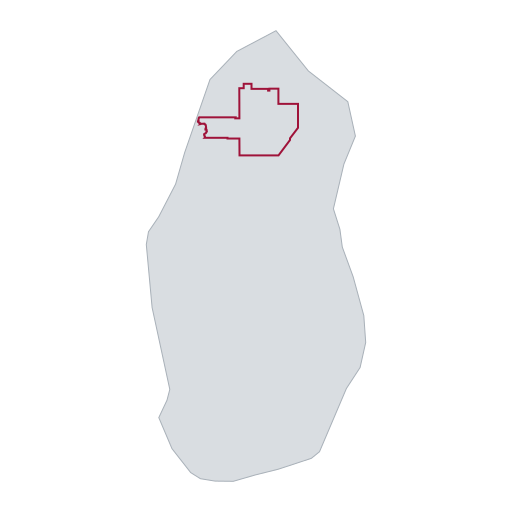 location of 76, Al Khawr, Qatar
{"feature_id": "91078587B47360643234421", "entity_name": "76", "entity_type": "district", "adm_level": 2, "iso_a3": "QAT", "parent_name": "Qatar", "parent_adm1": "Al Khawr", "projection": "albers", "projection_center": [51.019, 25.84], "detail": "fine", "context": "in_parent", "style": "outline", "palette": "rose", "viewbox_px": 512, "rotation_deg": 0, "n_neighbors": 0, "source": "geoboundaries", "source_scale": "gbopen_adm2", "svg_char_len": 2082}
<svg xmlns="http://www.w3.org/2000/svg" viewBox="0 0 512 512"><path d="M278.3,469.2L255.1,475.0L233.3,481.3L215.1,481.1L200.4,478.7L190.7,472.6L172.0,448.7L158.8,417.6L167.0,400.2L169.8,389.4L152.1,307.5L146.3,244.5L148.5,231.7L158.7,216.8L175.6,184.1L184.7,152.5L210.0,79.5L236.8,51.4L276.0,30.7L308.4,71.0L347.8,101.7L355.4,136.1L343.9,164.1L333.4,208.8L339.9,229.3L342.3,247.1L353.2,276.9L363.8,315.6L365.7,342.5L360.1,367.5L346.4,388.5L319.5,451.7L311.4,458.3L278.3,469.2Z" fill="#d9dde1" stroke="#a8b0b8" stroke-width="1"/><path d="M298.0,103.9L289.1,103.9L278.4,103.9L278.4,88.7L269.4,88.7L269.4,90.6L268.1,90.6L268.1,88.9L264.4,88.9L251.5,88.9L251.5,83.8L243.7,83.8L243.7,88.2L239.3,88.2L239.4,118.3L235.4,118.3L235.6,117.3L199.3,117.3L199.1,117.4L199.0,117.8L198.9,117.8L198.7,118.0L198.6,118.6L198.6,119.1L198.5,119.5L198.4,119.8L198.5,120.3L198.6,120.5L198.6,121.4L197.9,121.4L197.9,121.5L198.0,121.5L198.6,121.5L198.6,121.8L198.5,122.1L198.5,122.3L198.7,122.6L198.9,122.7L199.6,122.8L199.6,123.0L199.8,123.0L199.9,123.7L200.1,123.8L200.4,123.8L200.5,124.0L200.4,124.1L200.9,124.0L201.6,123.7L203.2,123.8L203.4,123.8L203.5,123.7L204.1,123.7L204.1,123.8L204.3,123.8L204.3,124.0L204.6,124.1L205.0,124.3L205.1,124.5L205.3,124.5L205.4,124.8L205.7,125.0L205.7,125.6L205.8,125.7L205.9,125.8L206.1,127.6L205.9,127.7L205.9,127.8L206.1,127.9L206.1,128.1L205.9,128.2L205.7,128.3L205.7,128.5L205.9,128.5L206.1,128.7L206.0,129.1L205.6,129.1L205.6,129.4L205.4,129.4L205.4,129.5L205.7,129.5L205.9,129.8L206.6,129.9L206.7,130.5L206.7,131.0L206.8,131.1L206.9,131.4L206.8,131.6L206.7,131.8L206.5,132.1L206.3,132.0L206.2,132.3L206.1,132.5L205.9,132.8L205.8,133.1L205.6,133.1L205.4,133.3L204.9,133.6L204.8,133.8L204.7,133.8L204.2,134.0L204.1,134.3L204.1,134.7L204.2,134.9L204.2,135.0L204.2,135.3L204.3,135.4L204.6,135.7L204.7,136.0L204.6,136.4L204.8,136.7L204.8,136.8L205.0,136.9L205.0,137.2L205.0,137.6L204.8,137.8L227.5,137.8L227.5,138.5L239.4,138.5L239.5,155.4L278.5,155.4L290.0,140.0L290.0,138.3L298.0,127.8L298.0,126.5L298.0,103.9Z" fill="none" stroke="#9f1239" stroke-width="2"/></svg>